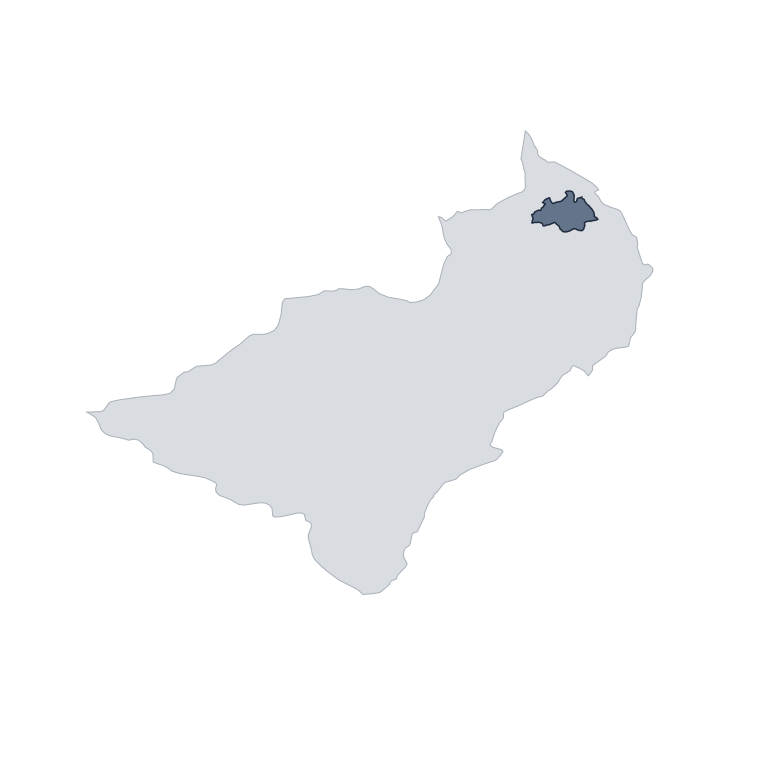 Berbérati, Mambéré-Kadéï, Central African Republic shown in context, rotated 162°
{"feature_id": "33826404B29108379746580", "entity_name": "Berbérati", "entity_type": "district", "adm_level": 2, "iso_a3": "CAF", "parent_name": "Central African Republic", "parent_adm1": "Mambéré-Kadéï", "projection": "albers", "projection_center": [15.911, 4.294], "detail": "fine", "context": "in_parent", "style": "filled", "palette": "slate", "viewbox_px": 768, "rotation_deg": 162, "n_neighbors": 0, "source": "geoboundaries", "source_scale": "gbopen_adm2", "svg_char_len": 6437}
<svg xmlns="http://www.w3.org/2000/svg" viewBox="0 0 768 768"><g transform="rotate(162 384 384)"><path d="M522.9,289.7L529.5,291.4L530.6,293.4L528.9,300.0L530.2,304.2L534.0,307.6L537.7,309.1L541.3,309.9L553.9,311.9L559.2,314.2L566.1,321.9L574.9,328.9L577.0,332.6L576.7,336.0L574.2,340.2L574.6,341.9L578.6,346.0L583.2,350.2L591.6,354.8L606.1,362.0L612.8,366.8L615.1,370.5L618.9,374.5L624.1,378.2L627.6,381.0L625.3,389.2L626.1,391.8L627.4,394.1L630.4,397.3L631.7,401.4L634.8,406.4L638.4,408.7L644.3,409.5L647.5,411.8L654.1,415.8L660.5,419.3L663.2,421.6L664.9,423.8L666.4,426.3L667.2,428.8L667.4,434.3L668.6,441.1L672.1,445.7L675.3,449.1L662.3,445.3L660.3,445.3L658.1,446.0L651.4,451.0L649.2,451.6L640.7,450.7L620.0,447.1L604.1,443.6L599.3,442.3L590.8,441.2L585.2,443.8L580.1,452.5L578.6,454.3L570.4,457.0L566.4,456.3L556.9,458.8L542.1,455.4L536.9,456.1L532.7,458.0L522.2,462.1L515.8,464.4L508.3,466.5L501.2,469.7L496.5,471.5L491.8,471.5L487.5,469.8L482.9,468.3L477.4,468.0L471.6,469.0L466.7,472.5L464.8,475.0L460.6,481.6L455.7,492.4L453.7,494.6L451.9,495.7L428.8,490.5L418.8,489.4L412.1,491.1L403.7,488.1L400.0,487.6L398.3,488.6L393.6,487.3L385.9,483.7L378.6,482.2L372.0,482.7L368.0,481.5L364.8,478.0L360.6,471.5L353.0,465.1L342.9,459.9L336.6,456.1L334.1,453.5L328.7,452.0L320.3,451.8L312.4,454.4L301.0,462.5L290.4,479.2L284.5,485.6L279.7,487.2L278.6,491.2L280.9,497.6L281.6,504.9L280.0,517.3L280.6,526.3L278.1,524.9L275.6,520.7L274.5,519.8L267.4,521.8L263.8,523.5L261.9,525.2L260.4,525.4L258.1,523.1L256.4,522.7L253.6,523.2L250.8,523.1L248.9,522.8L247.7,523.0L244.4,521.7L232.3,518.2L230.2,517.1L227.8,517.2L221.5,520.2L218.2,521.1L208.2,523.0L197.5,523.9L193.4,524.0L190.6,525.3L188.8,527.2L185.5,538.7L184.6,540.7L184.7,543.6L183.8,552.8L184.2,555.7L171.4,581.0L169.2,576.8L167.9,571.9L167.4,566.2L167.7,564.7L166.9,563.0L165.8,558.4L166.8,555.4L166.0,552.2L163.5,549.2L161.2,546.8L159.9,544.7L158.8,543.8L156.3,543.5L153.0,542.4L138.7,527.5L123.9,510.8L120.9,505.4L119.7,502.3L123.3,501.9L124.2,501.4L124.3,499.9L122.1,495.6L121.0,490.2L119.2,486.8L113.4,481.7L107.8,477.8L106.1,475.8L105.1,473.0L103.0,454.9L102.0,449.8L100.3,447.6L99.0,446.5L98.6,445.3L98.8,442.1L99.5,439.2L99.5,438.1L101.0,435.6L101.0,418.9L99.3,416.6L95.9,416.5L94.2,414.1L92.7,411.0L93.1,408.9L96.3,405.5L98.5,404.2L104.8,401.5L106.5,400.2L107.7,398.6L108.4,396.3L112.1,387.8L117.5,379.2L119.8,377.5L125.3,364.9L126.6,361.7L127.6,358.5L129.3,355.9L135.3,351.7L139.8,344.2L144.7,344.6L149.7,345.8L156.1,346.4L161.2,344.9L164.5,342.0L180.0,337.0L181.2,333.0L183.6,330.9L186.5,329.1L187.5,328.8L187.7,330.1L189.4,334.3L193.0,338.4L198.2,343.0L199.7,342.7L202.9,339.2L211.1,337.1L213.1,336.1L218.9,331.1L225.8,327.9L229.9,326.8L236.9,323.4L241.9,323.9L249.9,323.3L263.3,321.7L272.9,321.1L277.8,320.5L279.0,319.8L280.9,315.0L282.4,313.7L286.0,311.6L293.1,304.3L297.7,298.1L299.1,295.9L300.1,295.5L302.1,293.0L300.1,290.3L292.1,284.9L292.2,284.2L291.7,283.2L292.2,282.5L295.2,280.3L299.3,277.7L303.6,276.8L315.0,276.9L324.7,276.3L327.0,276.5L334.6,275.1L339.7,273.9L345.0,271.3L357.1,271.5L367.1,264.8L370.0,263.6L371.2,262.6L371.6,261.5L376.3,258.9L381.5,253.4L385.6,248.5L386.7,245.0L398.0,233.2L402.0,233.4L403.9,232.0L408.3,224.1L409.7,222.7L414.4,221.3L416.6,218.9L418.5,215.5L418.5,211.2L417.6,207.8L417.6,206.1L418.6,204.6L420.4,203.1L429.0,198.8L431.2,196.7L432.5,194.9L434.9,194.6L437.5,194.7L439.2,193.6L441.0,191.6L447.0,189.0L452.5,187.0L458.3,187.8L468.9,190.3L472.1,195.8L473.6,197.7L486.7,210.8L489.2,213.9L495.8,223.4L499.8,229.8L504.4,239.1L504.9,244.1L504.3,248.5L503.6,260.8L502.4,264.3L496.8,271.0L496.6,274.0L497.8,276.4L499.5,277.4L500.6,278.7L500.0,284.4L502.1,286.6L506.4,288.1L517.2,289.0L522.9,289.7Z" fill="#d9dde1" stroke="#a8b0b8" stroke-width="1"/><path d="M193.5,491.5L193.0,491.2L190.6,491.1L190.0,490.8L189.3,490.6L188.6,490.3L188.3,490.3L187.7,490.4L186.8,490.0L184.5,488.4L184.0,487.9L183.8,487.6L183.7,487.1L183.8,486.7L183.8,485.9L183.7,485.2L183.1,485.0L182.6,484.9L181.9,484.9L181.5,484.7L180.9,484.7L180.5,484.9L180.1,485.1L179.2,484.7L177.7,484.4L176.6,484.6L174.7,484.7L173.0,484.8L172.6,485.1L172.0,485.1L171.4,484.6L171.0,483.8L170.8,483.1L170.4,482.6L169.7,481.5L168.8,480.0L168.6,478.7L168.6,476.8L168.0,476.2L167.7,475.5L167.4,474.8L166.9,473.9L166.8,473.7L166.3,473.5L165.8,473.1L165.4,473.0L164.8,472.8L164.1,472.4L163.3,472.4L162.3,472.2L161.5,472.2L160.5,472.2L159.6,472.3L158.9,472.4L158.0,472.6L156.8,472.8L155.6,472.9L155.1,473.0L154.6,472.8L154.0,472.3L153.5,471.9L153.1,471.5L152.5,470.9L151.9,470.5L151.2,469.9L150.7,469.7L150.2,469.5L149.7,469.2L149.2,469.0L148.6,468.7L147.7,468.8L146.8,469.2L146.0,469.9L144.8,471.7L144.4,472.2L143.9,472.7L144.0,473.9L143.3,475.6L141.4,475.8L138.5,475.7L137.4,474.9L136.3,475.0L134.8,474.8L133.0,474.6L131.8,474.3L130.5,474.4L129.7,474.7L130.1,475.4L130.1,475.9L130.5,476.5L130.9,477.1L131.5,477.2L131.8,477.6L131.9,477.9L132.1,478.3L132.1,479.0L131.8,479.5L131.6,479.7L131.6,480.1L131.7,480.4L131.5,481.5L131.4,482.6L131.6,483.6L132.0,484.7L132.1,485.8L132.6,487.0L133.2,488.0L134.0,490.2L135.3,492.0L136.1,494.5L136.6,495.2L136.7,495.9L136.6,496.4L136.6,497.0L136.6,497.4L136.8,497.9L138.4,499.4L138.4,500.3L138.2,500.7L139.7,500.6L141.4,500.7L142.7,500.7L143.1,500.4L143.2,500.0L143.5,499.5L143.8,498.9L144.3,498.5L144.6,498.2L144.9,498.0L145.4,497.8L145.7,497.8L146.2,497.9L146.5,498.0L146.7,498.5L146.9,499.0L146.7,499.6L146.5,500.6L146.3,500.8L146.0,501.4L145.8,502.3L145.4,503.1L145.3,503.5L145.0,504.0L144.8,504.5L144.8,504.9L144.9,505.2L144.9,505.4L145.1,507.5L145.3,508.2L145.5,508.6L146.0,509.1L146.3,509.5L146.7,509.7L147.3,509.9L148.3,510.3L149.5,510.6L150.4,510.9L150.8,510.9L151.1,510.8L151.8,510.4L152.2,510.2L152.1,509.8L151.8,509.0L151.7,508.1L151.4,507.2L151.6,506.5L151.8,506.2L159.0,503.0L163.2,503.5L164.1,503.7L165.2,503.6L166.6,503.3L167.7,503.6L168.1,504.1L168.6,505.4L169.0,507.0L169.0,508.0L168.9,509.6L169.5,510.1L170.9,509.9L173.7,509.6L174.8,508.8L177.0,507.6L176.3,506.8L176.0,506.4L175.3,505.7L175.1,505.5L175.0,505.3L175.3,505.0L175.8,504.9L176.2,504.7L176.6,504.4L177.0,504.1L177.3,503.7L177.7,503.3L178.1,503.1L178.5,503.0L178.9,502.9L179.4,502.8L179.7,502.6L181.1,500.9L181.3,500.7L181.6,500.7L182.1,501.0L182.5,501.3L183.2,501.5L183.9,501.5L184.8,501.4L185.8,501.3L187.5,501.0L188.7,499.9L189.2,499.5L190.5,499.4L191.1,499.5L191.2,497.8L191.1,495.2L192.6,493.3L193.5,491.5Z" fill="#64748b" stroke="#1e293b" stroke-width="1.5"/></g></svg>